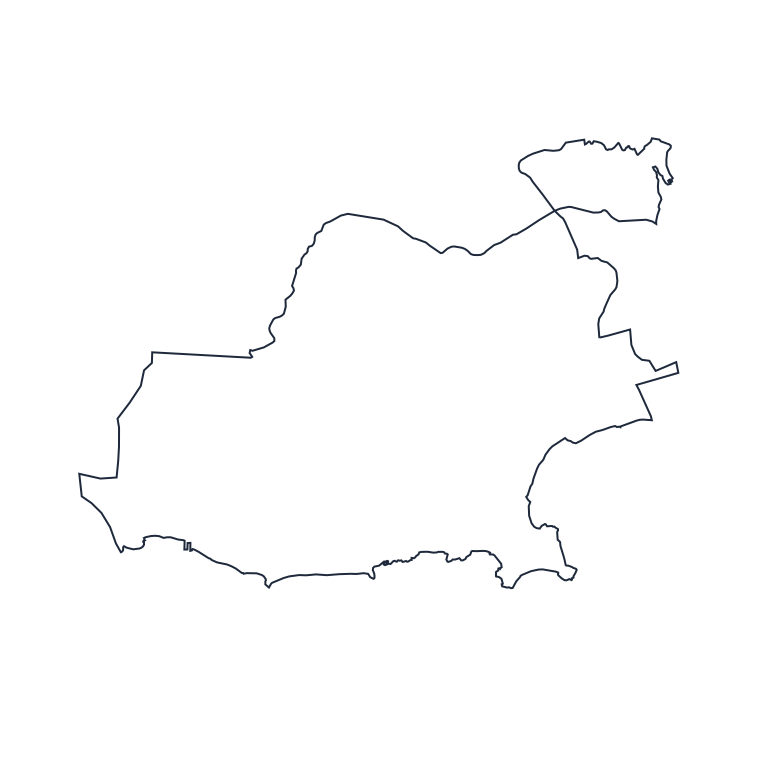 outline of Cristo Rei, Dili, East Timor, rotated 173°
{"feature_id": "22284137B23086342577141", "entity_name": "Cristo Rei", "entity_type": "district", "adm_level": 2, "iso_a3": "TLS", "parent_name": "East Timor", "parent_adm1": "Dili", "projection": "orthographic", "projection_center": [125.629, -8.561], "detail": "fine", "context": "isolated", "style": "outline", "palette": "slate", "viewbox_px": 768, "rotation_deg": 173, "n_neighbors": 0, "source": "geoboundaries", "source_scale": "gbopen_adm2", "svg_char_len": 6114}
<svg xmlns="http://www.w3.org/2000/svg" viewBox="0 0 768 768"><g transform="rotate(173 384 384)"><path d="M193.5,535.1L210.0,527.8L223.8,520.9L234.2,516.5L238.0,516.4L251.0,510.1L257.7,508.5L266.1,503.6L268.4,501.7L272.1,500.4L274.8,500.5L279.3,501.1L282.0,502.4L284.4,505.6L287.2,508.2L290.2,509.8L297.7,512.0L300.4,512.0L304.4,510.7L309.8,507.1L311.8,507.0L322.0,516.0L325.1,519.3L334.7,524.3L337.4,525.1L346.3,533.5L350.9,538.8L364.4,547.2L399.2,557.3L406.4,556.4L417.4,551.9L422.1,550.8L424.4,549.5L427.6,543.5L431.8,542.1L433.7,540.7L434.9,537.8L435.3,534.9L436.7,531.7L438.6,529.9L441.8,529.4L443.3,527.2L443.6,525.0L445.2,523.1L447.1,522.2L450.5,518.4L452.0,512.6L454.6,510.2L456.8,509.2L457.6,507.1L457.7,504.9L463.3,492.5L462.2,490.1L462.0,487.7L464.0,485.0L466.3,482.9L471.5,479.7L472.1,472.6L474.8,466.0L476.8,464.5L479.1,463.5L484.1,462.7L486.1,461.4L490.0,455.9L491.1,453.3L491.0,450.7L490.2,448.2L487.3,442.9L487.6,440.0L489.5,438.7L498.7,435.0L510.4,433.0L512.6,434.0L513.6,431.2L511.5,427.0L513.0,426.3L610.2,443.7L611.8,433.2L620.5,426.8L625.6,411.8L638.7,396.5L652.7,382.1L652.3,372.9L654.7,353.9L657.2,340.0L660.8,323.8L677.0,324.7L697.4,332.0L697.7,309.3L688.8,301.4L680.1,290.4L673.3,275.3L669.5,258.4L665.7,249.1L664.8,249.3L663.7,250.2L663.1,251.1L662.8,253.8L661.8,254.7L659.4,252.9L653.1,250.5L646.7,250.5L644.7,251.1L643.2,252.0L641.8,253.7L641.5,256.2L642.2,256.6L642.2,257.2L640.5,257.9L641.1,258.4L640.6,259.5L641.0,260.4L639.2,261.0L633.5,261.5L629.3,261.2L625.5,260.3L621.5,258.1L618.0,258.3L614.5,257.9L607.5,254.8L601.8,253.3L601.0,252.7L602.3,244.0L599.3,243.7L598.3,250.1L595.5,249.9L596.6,242.0L595.0,242.2L594.2,243.5L592.3,242.7L588.3,239.9L579.3,232.5L577.6,231.7L576.3,230.2L571.5,227.3L561.8,224.0L557.8,221.8L553.6,218.9L548.2,213.8L546.8,213.5L546.5,212.8L543.3,213.0L533.4,211.6L528.5,209.3L526.7,207.7L525.2,204.8L525.1,203.6L525.8,202.6L526.2,199.6L523.0,196.0L520.5,199.4L519.3,200.3L507.1,203.7L501.4,204.6L491.5,204.7L484.5,203.6L474.7,203.3L464.0,201.2L451.7,200.7L440.4,199.7L434.5,198.8L427.3,198.7L422.9,197.5L421.2,193.9L418.1,191.9L417.1,192.7L416.8,194.8L416.8,197.0L417.8,200.7L417.1,203.0L415.8,203.9L411.0,204.3L405.5,207.8L404.3,207.2L403.3,207.9L402.6,207.3L401.9,207.9L401.5,207.6L401.7,206.8L402.4,206.2L405.1,206.6L406.3,205.9L406.3,204.9L405.1,204.1L402.7,204.6L401.7,205.2L399.5,204.5L396.2,207.1L394.8,207.2L394.3,206.6L392.9,206.1L391.5,207.3L389.9,206.7L388.3,206.8L387.2,205.1L383.6,205.6L382.8,204.8L381.8,204.8L378.9,206.1L378.0,206.0L377.8,208.0L375.5,207.4L374.2,208.1L373.1,209.3L370.6,210.6L369.5,212.6L367.0,212.8L360.9,212.1L355.6,210.6L352.2,210.4L350.5,210.8L345.9,210.2L344.8,209.6L344.2,208.3L342.3,207.9L341.5,207.1L343.5,202.2L342.8,200.2L342.0,199.6L338.8,200.2L337.3,201.4L334.9,201.1L330.4,201.9L328.8,199.5L327.4,199.3L324.5,200.4L323.3,202.2L319.2,204.1L317.7,207.1L316.8,207.5L312.5,206.8L306.2,206.3L303.0,205.7L300.7,204.6L299.3,203.7L300.0,202.7L299.6,201.9L296.5,201.5L295.3,200.5L289.6,191.3L289.6,187.7L290.5,187.4L291.3,186.3L292.1,187.1L293.0,186.9L293.3,185.0L295.7,183.8L296.3,179.7L296.1,179.2L294.7,178.9L293.0,178.1L291.1,176.2L290.4,171.3L291.6,170.9L291.4,168.8L286.6,166.9L284.7,167.0L282.9,165.9L281.1,165.9L276.8,172.0L272.3,176.0L271.8,177.0L270.2,177.7L260.9,180.3L253.1,181.0L248.9,180.6L236.6,176.9L234.3,175.8L234.0,175.1L234.6,173.9L234.3,172.9L231.2,169.3L228.7,167.3L226.7,166.9L223.8,167.8L221.8,166.5L221.3,166.9L221.2,168.3L219.5,168.7L219.4,170.0L216.8,173.5L215.4,176.1L216.0,177.2L218.7,178.5L219.8,179.5L223.4,181.3L225.1,181.5L225.7,182.1L226.4,189.2L228.6,201.7L228.5,205.2L228.7,206.1L230.6,208.2L230.2,215.9L229.1,217.6L229.0,218.8L231.5,220.7L232.2,221.7L233.6,221.7L234.3,222.5L235.7,222.7L239.5,222.9L240.5,225.0L241.4,225.4L244.9,223.9L247.0,221.5L250.0,222.3L252.4,224.1L254.5,227.8L256.0,235.5L255.2,245.2L253.2,249.1L254.9,251.0L256.6,254.6L255.0,256.0L251.1,264.4L248.9,267.0L247.1,272.0L242.4,281.3L240.0,285.0L235.1,289.4L232.3,294.2L227.6,299.2L224.5,301.6L210.9,308.3L208.6,305.7L205.5,304.5L203.9,302.9L200.8,301.8L195.3,303.7L186.1,308.3L179.7,310.8L172.8,311.7L163.9,313.7L159.6,314.1L158.1,312.9L155.6,313.0L154.6,312.3L154.4,312.9L153.3,313.3L137.7,316.9L134.3,317.3L131.1,317.1L122.6,315.4L123.0,319.4L124.5,324.2L131.7,347.4L133.6,352.3L90.5,359.2L91.3,370.1L112.8,363.9L117.8,374.7L125.1,376.6L128.7,380.1L131.1,383.1L133.7,392.6L133.1,408.1L155.8,404.7L163.3,403.9L164.6,404.2L164.0,417.4L162.4,422.9L157.2,429.1L156.4,431.4L154.4,435.0L148.5,444.7L142.9,449.8L141.4,451.9L139.8,457.8L139.7,466.2L140.2,468.6L141.8,471.0L147.5,477.4L153.1,479.7L156.5,483.0L163.3,483.0L164.6,483.8L166.2,486.1L169.4,486.9L175.9,485.3L175.9,493.8L184.5,522.7L186.2,526.7L188.3,528.6L193.5,535.1ZM193.5,535.1L187.7,536.6L179.3,537.3L177.0,537.0L155.3,528.6L150.1,528.1L147.7,528.3L145.2,529.7L143.4,529.5L141.8,528.2L137.9,522.3L135.3,519.9L131.0,516.9L103.8,515.1L97.8,512.6L94.3,509.7L94.1,512.2L92.1,518.2L89.2,524.1L89.9,526.1L89.2,528.4L86.2,533.4L86.5,536.2L88.3,540.5L88.1,546.5L86.8,553.0L88.1,555.8L87.6,558.0L88.1,561.2L89.9,563.8L90.7,566.3L88.2,566.8L87.4,565.8L86.4,564.1L85.9,560.8L84.2,557.8L82.3,556.5L82.1,553.8L79.9,549.0L77.8,547.3L75.4,547.8L76.9,550.0L77.1,551.3L75.4,552.1L74.4,549.3L73.3,550.0L73.9,551.6L72.3,553.1L74.9,558.0L77.0,566.3L76.4,572.2L74.7,579.5L73.6,580.9L71.1,582.9L70.6,583.8L70.3,585.6L71.6,587.0L79.8,591.2L80.8,593.0L88.1,595.2L89.8,591.9L94.0,589.1L95.9,588.4L96.8,587.2L97.0,585.8L104.1,580.5L104.9,581.1L106.7,586.9L108.4,586.4L110.7,587.6L111.4,588.4L111.6,590.1L112.6,590.4L113.8,589.2L114.8,589.1L116.4,586.8L117.9,586.7L119.0,587.4L121.4,594.2L122.1,594.7L126.4,590.8L127.9,590.0L129.6,589.2L132.3,589.5L133.5,589.0L135.0,589.9L136.5,594.1L139.0,596.7L143.2,598.5L146.3,599.4L147.8,597.2L149.1,597.2L150.3,599.6L151.4,599.6L153.9,597.8L155.4,597.3L155.5,602.1L174.1,601.4L179.6,595.6L181.8,594.7L187.4,594.8L196.2,596.7L207.9,594.5L213.3,592.8L220.9,589.2L222.8,587.1L223.6,584.8L223.9,581.6L223.4,579.1L221.9,577.1L218.1,575.1L213.8,571.0L211.9,566.9L203.2,552.3L193.5,535.1Z" fill="none" stroke="#1e293b" stroke-width="2"/></g></svg>